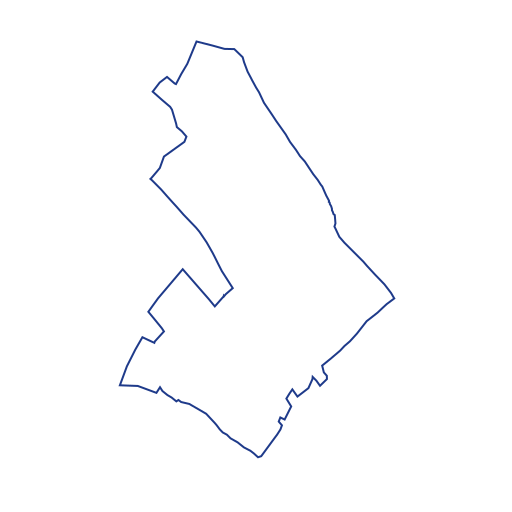 Nukunuku, Tongatapu, Tonga, rotated 196°
{"feature_id": "48082658B69213589871259", "entity_name": "Nukunuku", "entity_type": "district", "adm_level": 2, "iso_a3": "TON", "parent_name": "Tonga", "parent_adm1": "Tongatapu", "projection": "equal_earth", "projection_center": [-175.292, -21.16], "detail": "fine", "context": "isolated", "style": "outline", "palette": "blue", "viewbox_px": 512, "rotation_deg": 196, "n_neighbors": 0, "source": "geoboundaries", "source_scale": "gbopen_adm2", "svg_char_len": 2118}
<svg xmlns="http://www.w3.org/2000/svg" viewBox="0 0 512 512"><g transform="rotate(196 256 256)"><path d="M351.2,94.2L333.8,98.5L314.0,97.0L312.1,103.4L308.7,100.4L302.8,97.9L298.1,96.7L292.5,94.3L290.9,96.2L287.7,95.0L279.2,95.4L277.8,95.0L260.4,90.6L249.9,84.3L247.6,82.8L245.7,81.4L243.1,79.4L239.3,77.2L234.7,76.2L230.2,73.7L222.3,71.8L214.9,68.7L207.6,67.2L203.6,65.6L198.6,63.1L195.8,65.0L187.5,87.4L186.5,90.0L184.7,96.0L184.4,100.4L188.5,103.1L188.1,107.5L183.4,106.7L180.7,121.1L187.5,127.3L185.9,133.0L184.3,137.8L177.4,132.3L169.2,143.4L167.8,153.2L168.2,155.4L163.6,152.8L158.7,148.9L154.1,156.9L153.9,157.3L154.9,160.4L158.7,162.8L162.2,168.9L156.1,177.6L149.0,188.3L146.2,193.8L142.2,199.9L137.6,209.2L131.7,223.8L123.5,235.1L120.2,240.7L117.1,245.8L111.4,253.3L116.0,257.7L124.8,264.2L136.4,270.9L146.6,277.1L151.3,280.2L157.1,283.4L174.6,293.1L181.2,297.4L187.3,304.4L188.7,305.9L188.6,309.2L189.9,312.7L191.6,317.1L193.0,317.6L193.7,318.6L194.5,319.8L195.6,320.9L196.0,322.3L197.5,324.6L199.4,326.4L199.7,327.3L200.4,328.0L200.9,328.1L201.0,329.2L201.4,329.6L205.0,333.3L207.2,335.9L211.5,341.1L213.4,342.4L217.7,346.2L223.5,350.4L229.5,355.5L235.1,360.3L241.3,364.2L246.8,369.0L254.7,375.0L261.0,381.1L267.5,386.3L273.9,391.4L279.7,396.4L290.6,405.5L298.2,414.2L302.3,417.9L308.7,424.4L309.5,425.3L314.9,430.9L320.9,439.0L323.6,443.4L333.9,448.9L343.4,446.4L355.9,446.3L372.3,445.8L375.0,421.8L378.0,410.4L380.3,399.2L381.7,399.4L390.9,403.6L396.4,396.2L400.6,385.5L389.5,380.2L379.6,375.7L377.1,373.5L369.3,361.3L367.6,358.1L361.6,355.4L355.8,351.6L356.3,346.0L371.9,326.2L372.7,314.1L374.4,310.2L378.2,301.8L378.7,301.0L376.8,300.1L365.7,293.9L357.9,288.9L350.7,284.4L345.8,281.4L337.1,275.8L321.4,266.7L317.0,263.7L307.2,255.5L298.5,247.0L295.4,243.7L290.1,237.9L284.7,232.1L269.5,218.7L274.5,211.0L275.7,208.3L276.0,208.6L276.0,208.2L281.7,196.2L290.0,201.9L297.3,206.6L322.8,223.1L338.5,188.3L341.6,179.7L344.1,172.7L335.5,166.8L326.6,160.6L323.7,158.1L329.7,146.0L329.8,144.5L342.8,146.6L346.2,132.8L347.5,125.9L349.7,114.4L351.2,94.2Z" fill="none" stroke="#1e3a8a" stroke-width="2"/></g></svg>